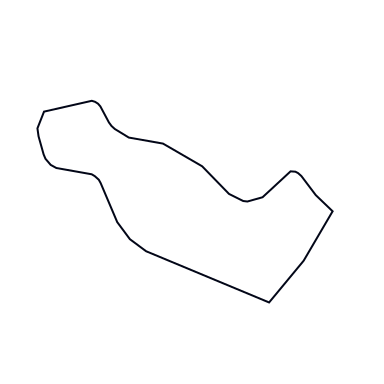 Kensington and Chelsea, Mercator projection, rotated 337°
{"feature_id": "GBR-2072", "entity_name": "Kensington and Chelsea", "entity_type": "London Borough (royal)", "adm_level": 1, "iso_a3": "GBR", "parent_name": "United Kingdom", "parent_adm1": "", "projection": "mercator", "projection_center": [-0.187, 51.497], "detail": "fine", "context": "isolated", "style": "outline", "palette": "ink", "viewbox_px": 384, "rotation_deg": 337, "n_neighbors": 0, "source": "natural_earth", "source_scale": "10m", "svg_char_len": 591}
<svg xmlns="http://www.w3.org/2000/svg" viewBox="0 0 384 384"><g transform="rotate(337 192 192)"><path d="M87.2,60.2L135.4,68.9L138.0,71.1L140.0,74.0L141.1,77.4L142.7,95.5L143.7,99.8L145.6,103.9L155.1,117.2L184.2,136.1L211.4,172.3L225.3,208.2L235.6,220.3L239.3,222.4L254.9,224.4L290.8,211.5L295.1,213.7L297.0,216.0L298.9,220.0L304.7,243.2L313.9,264.7L267.9,298.9L219.8,323.8L126.6,228.6L116.4,211.2L111.4,190.5L111.4,148.1L111.0,144.3L108.7,139.4L106.6,136.5L76.5,116.9L72.5,111.8L70.1,104.2L70.1,99.5L72.5,80.8L74.6,73.0L87.2,60.2Z" fill="none" stroke="#020617" stroke-width="2"/></g></svg>